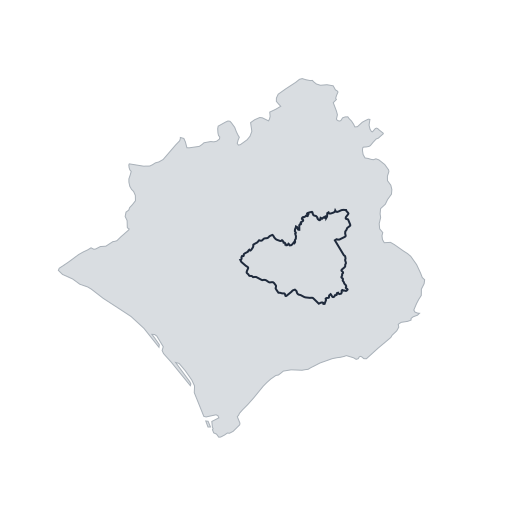 location of Vallée du Bandama within Ivory Coast, rotated 57°
{"feature_id": "CIV-3450", "entity_name": "Vallée du Bandama", "entity_type": "Region", "adm_level": 1, "iso_a3": "CIV", "parent_name": "Ivory Coast", "parent_adm1": "", "projection": "robinson", "projection_center": [-5.056, 8.307], "detail": "fine", "context": "in_parent", "style": "outline", "palette": "slate", "viewbox_px": 512, "rotation_deg": 57, "n_neighbors": 0, "source": "natural_earth", "source_scale": "10m", "svg_char_len": 9612}
<svg xmlns="http://www.w3.org/2000/svg" viewBox="0 0 512 512"><g transform="rotate(57 256 256)"><path d="M139.5,113.0L140.9,112.9L144.6,111.7L147.9,109.0L151.0,103.2L155.3,98.6L160.0,98.9L161.4,98.1L163.1,97.9L165.1,100.9L167.1,103.3L168.5,103.3L169.5,107.7L178.2,109.6L181.9,110.8L185.0,114.0L186.1,114.0L187.4,113.4L188.4,112.3L188.6,111.0L187.3,108.1L187.9,105.5L189.3,103.2L191.5,103.1L194.9,102.4L198.7,102.4L201.6,102.8L202.8,100.5L201.7,94.0L202.0,90.4L202.4,87.3L203.5,86.1L207.8,89.9L211.7,91.3L214.5,91.4L215.3,90.7L214.1,86.5L214.4,85.3L215.5,84.5L217.3,84.1L222.3,82.4L222.8,82.7L223.8,89.3L223.3,91.4L224.4,95.9L225.7,100.0L225.6,101.7L224.5,104.3L223.2,106.6L223.4,107.6L225.4,109.2L229.2,110.9L233.1,111.2L235.3,108.8L237.6,106.9L239.2,105.1L239.8,102.5L242.3,100.6L249.4,98.2L256.0,97.9L257.6,98.6L260.6,102.3L264.4,104.7L270.1,104.4L274.3,105.9L277.9,108.7L280.3,114.9L283.0,119.3L284.1,125.7L288.3,129.0L291.6,130.5L296.0,135.1L300.6,137.5L305.4,136.9L307.6,139.3L311.1,141.0L314.7,141.2L317.8,135.8L321.9,133.7L332.4,129.5L336.5,127.6L340.6,126.4L350.7,126.0L360.0,127.3L364.6,128.3L367.8,127.5L370.8,130.1L373.9,135.4L376.5,137.1L379.1,138.9L381.0,143.1L383.3,147.2L384.5,149.0L387.3,153.1L389.7,153.2L392.1,151.4L393.1,150.1L393.6,152.8L392.6,157.2L392.8,159.9L394.2,160.9L393.4,164.4L390.7,170.4L390.7,173.9L393.4,175.0L395.4,178.7L396.6,185.1L397.7,187.2L397.9,188.5L399.8,204.0L402.3,219.4L400.8,221.5L398.6,222.1L397.2,222.8L396.8,224.2L397.8,226.3L397.2,228.3L394.5,229.6L388.7,234.5L388.3,236.5L386.8,240.7L385.5,243.2L383.6,248.0L380.6,260.5L379.5,270.9L379.4,274.1L378.2,276.4L376.9,279.6L370.6,288.5L367.4,295.8L367.8,299.0L368.0,302.1L367.0,304.4L367.2,310.6L368.0,315.7L369.1,320.8L373.7,335.1L376.1,343.8L377.6,350.8L378.9,355.5L380.1,357.4L380.6,359.2L387.4,360.5L388.7,361.6L390.6,370.7L390.2,374.8L388.9,376.4L389.0,379.9L388.6,384.2L387.7,385.9L383.9,386.1L381.3,387.8L377.9,387.1L377.6,386.1L375.7,385.7L370.7,383.2L371.5,375.3L369.2,374.9L367.4,376.0L363.8,385.5L362.1,387.1L337.0,382.2L331.5,378.3L325.0,377.4L313.6,377.8L304.2,379.0L301.5,381.4L325.2,380.0L327.8,380.3L329.0,381.7L299.0,384.9L287.5,386.7L284.1,386.2L281.6,383.2L269.1,382.8L266.6,383.8L265.0,386.0L269.9,385.6L277.7,385.4L279.7,387.1L255.6,389.4L238.8,393.7L231.7,396.8L208.3,407.2L194.0,412.2L190.3,414.0L183.8,419.1L175.4,422.3L166.1,428.3L160.4,429.6L159.1,427.7L159.0,417.6L158.2,404.0L158.5,398.8L159.2,393.9L159.3,389.9L162.1,388.3L162.8,386.6L163.3,381.4L166.0,376.6L166.0,368.2L166.8,366.5L167.4,364.3L166.3,358.8L164.8,348.4L164.1,347.7L163.4,348.2L162.0,348.4L156.1,344.8L151.6,344.2L148.4,341.1L148.2,337.7L146.6,335.6L145.6,331.6L144.0,327.0L139.5,324.2L135.3,323.5L132.4,324.1L128.9,323.9L124.9,322.4L122.1,320.6L119.5,317.3L117.1,314.6L115.1,314.9L112.8,314.3L110.4,313.1L109.7,312.1L119.4,301.4L122.7,296.1L123.1,292.9L123.1,289.7L124.2,286.3L124.5,281.3L119.1,262.9L117.8,257.2L116.3,255.5L115.4,254.9L118.1,252.5L121.9,253.1L127.6,255.0L128.9,253.1L133.2,243.8L133.1,240.4L132.7,238.0L135.3,231.7L137.3,229.2L138.3,226.5L138.0,222.9L136.5,221.6L134.5,221.8L132.1,220.9L128.4,218.8L126.5,217.0L127.1,208.6L127.5,206.0L128.8,204.5L130.8,204.1L136.5,203.8L141.1,204.8L145.1,205.3L147.3,205.3L149.0,207.8L151.3,210.4L153.4,210.4L154.1,208.5L153.7,200.2L152.3,195.8L149.2,191.6L141.2,187.9L141.0,182.9L141.9,177.4L143.6,175.4L149.5,171.9L148.5,170.1L146.6,168.1L142.8,166.1L143.7,159.5L143.9,153.7L140.7,154.3L137.4,154.7L134.7,152.9L132.4,149.3L132.0,139.6L132.0,128.3L131.5,123.3L132.4,120.6L135.3,118.2L138.4,115.0L139.5,113.0ZM374.6,387.3L373.3,389.4L367.0,388.0L368.5,386.2L374.6,387.3Z" fill="#d9dde1" stroke="#a8b0b8" stroke-width="1"/><path d="M330.2,229.3L323.1,230.9L322.1,231.2L321.7,231.6L321.5,231.8L320.4,233.7L317.7,237.0L316.8,237.8L313.0,239.9L311.8,241.1L311.1,241.5L310.3,241.7L309.7,241.7L309.1,241.7L308.1,241.3L307.6,241.2L307.2,241.2L305.4,241.7L304.9,243.8L305.0,244.7L305.1,245.0L305.3,245.6L306.0,252.1L305.9,252.7L305.6,253.0L305.3,253.0L303.8,252.5L303.5,252.5L303.2,252.5L302.9,252.6L302.7,252.9L302.4,253.2L302.0,253.9L301.5,254.5L301.2,254.8L300.0,255.8L299.0,257.2L295.1,257.3L293.9,257.2L293.6,257.0L292.7,256.0L292.1,255.6L291.7,255.4L291.4,255.4L288.5,255.6L287.8,255.8L287.2,256.1L286.4,257.3L285.7,258.8L285.3,259.2L284.7,259.6L282.0,260.7L281.3,261.2L281.0,261.5L280.5,262.1L280.3,262.4L280.0,263.1L279.9,263.5L279.6,263.9L279.1,264.3L273.7,267.3L272.9,268.4L272.3,269.7L272.1,270.0L271.8,270.1L271.4,270.1L271.1,270.2L270.5,270.5L270.1,270.9L269.2,272.2L268.8,272.4L268.5,272.5L267.6,272.4L267.3,272.4L265.8,272.8L265.3,272.9L265.0,272.9L264.7,272.8L264.4,272.6L264.1,272.3L263.3,271.3L262.3,269.7L262.0,269.4L261.8,269.1L261.3,268.9L261.0,268.9L260.6,269.0L258.6,269.9L253.1,271.5L252.3,271.5L250.9,271.3L251.1,271.0L251.0,270.6L250.7,270.0L250.4,269.6L250.2,269.4L249.4,269.1L248.6,268.2L248.4,267.8L248.6,267.5L249.0,267.1L249.1,266.9L249.2,266.6L249.1,266.2L248.7,265.8L248.2,265.6L247.8,265.1L247.7,264.0L248.0,260.5L247.3,259.4L247.1,258.3L247.5,258.3L248.0,258.2L248.3,257.9L248.4,257.7L248.3,257.0L248.0,256.0L247.1,253.9L246.5,253.2L246.1,252.7L245.5,252.5L245.3,252.4L245.1,252.2L245.0,251.8L245.0,251.3L245.3,247.7L245.1,246.8L244.5,244.8L245.3,244.2L245.6,243.9L246.1,243.1L246.2,242.6L246.2,242.2L246.0,241.3L245.9,240.7L245.8,240.1L245.8,239.7L246.1,238.8L246.2,238.6L246.8,237.5L247.0,237.0L247.2,236.4L247.2,236.1L247.2,235.7L246.8,233.9L246.8,233.4L247.2,230.8L247.6,230.6L248.4,230.5L248.8,230.5L250.4,230.6L252.5,230.3L253.7,229.7L256.5,227.6L256.8,227.2L257.0,226.9L257.0,226.5L256.9,225.6L257.2,225.5L257.7,225.3L259.2,225.4L259.9,225.6L260.3,224.8L261.0,224.6L261.8,224.9L262.5,225.2L262.9,224.5L263.5,224.7L263.8,224.2L263.9,223.4L263.4,222.1L264.1,221.9L265.5,221.9L266.1,220.7L266.0,219.3L265.1,216.6L266.1,216.6L265.7,215.7L265.1,215.3L264.4,215.1L263.9,214.7L263.7,214.4L263.2,213.2L262.7,212.8L262.2,212.5L261.2,211.7L260.9,211.6L258.6,211.0L258.5,210.8L258.4,210.1L258.1,209.9L256.5,209.9L256.1,209.8L255.7,209.3L255.5,209.2L254.9,208.8L253.6,206.9L253.0,206.4L253.3,206.2L253.7,205.9L254.1,205.8L254.6,205.9L255.5,206.2L256.7,206.3L257.1,206.1L257.6,205.4L253.7,202.9L253.4,202.0L253.8,201.5L253.8,201.1L253.7,200.8L253.5,200.6L252.8,200.7L252.4,200.4L252.2,200.1L252.1,199.8L252.2,199.1L252.2,197.6L252.1,197.4L251.9,197.1L251.5,196.9L250.9,196.8L250.7,196.8L250.1,197.2L249.9,197.3L249.7,197.2L249.2,196.6L249.1,196.4L249.0,196.1L249.0,195.2L249.3,195.0L249.5,194.8L249.6,194.4L249.6,194.0L249.7,193.0L249.7,192.6L249.6,192.3L249.4,192.1L249.4,191.9L249.4,191.6L249.7,191.4L250.2,191.4L250.5,191.3L250.6,191.1L250.6,190.8L250.4,190.6L250.0,190.4L249.9,190.1L249.7,189.6L249.6,189.3L249.4,189.2L249.2,189.1L248.9,189.1L248.7,189.4L248.5,189.8L248.3,190.0L248.2,190.0L248.1,189.7L248.1,189.2L248.6,187.3L249.3,185.4L249.5,185.0L249.9,184.9L250.2,184.9L250.5,185.0L250.9,185.3L251.1,185.4L252.0,185.4L252.6,185.6L252.8,185.6L253.3,185.4L253.8,185.2L254.1,184.9L255.0,184.0L255.5,183.8L256.0,183.7L256.8,183.6L257.5,183.7L258.0,184.0L258.5,184.0L258.8,184.0L259.1,183.8L259.5,183.8L260.3,183.5L260.7,183.0L260.6,182.3L260.3,182.2L259.6,181.6L259.1,181.0L259.4,180.8L260.7,180.3L260.4,178.2L261.6,177.4L260.9,176.8L260.6,176.6L260.6,176.3L261.1,176.3L261.6,176.3L262.1,176.4L262.5,176.6L261.7,175.0L258.9,172.9L258.9,171.4L260.0,171.6L260.7,170.9L261.2,169.7L261.8,167.3L261.8,166.3L261.6,165.5L260.9,164.7L262.4,164.8L263.3,163.8L263.7,162.2L263.9,160.4L264.2,159.0L264.9,157.6L266.5,155.4L267.5,155.7L269.7,155.3L270.3,155.3L270.6,155.3L270.9,155.6L271.2,156.1L272.3,159.3L272.5,159.6L272.7,159.8L273.0,160.1L273.4,160.3L273.7,160.3L274.2,160.1L274.7,159.5L275.0,159.1L275.6,158.9L280.5,159.8L281.2,160.0L281.8,160.4L281.9,161.0L282.1,162.7L282.1,163.8L282.2,164.2L282.5,164.8L282.7,165.0L283.1,165.5L283.4,166.0L284.0,167.6L284.2,167.9L284.5,168.2L285.2,168.5L285.7,169.0L285.9,169.1L286.7,169.3L287.3,169.6L287.7,169.7L287.9,169.8L288.1,170.0L288.3,170.7L288.3,171.3L287.7,176.3L287.7,176.5L287.7,176.8L287.5,177.4L286.8,178.4L286.5,178.8L286.1,179.0L285.8,179.3L285.8,181.3L303.3,181.9L303.8,181.6L304.4,181.4L304.7,181.4L305.1,181.5L306.9,182.3L307.2,182.6L307.5,183.1L307.9,183.4L308.5,183.7L310.1,184.1L310.8,184.4L311.2,184.7L311.7,185.7L311.9,185.9L312.0,186.0L312.9,186.6L313.3,186.9L313.5,187.4L313.7,187.9L314.1,191.2L314.3,191.8L314.5,192.1L314.8,192.3L315.1,192.3L316.2,192.0L316.6,191.9L317.1,191.9L317.4,192.1L317.6,192.2L317.8,192.5L317.9,193.1L318.0,193.5L318.3,193.8L319.3,194.4L319.5,194.6L319.7,195.2L319.9,195.5L320.2,195.9L320.5,196.0L320.8,196.0L321.1,195.9L321.9,195.6L322.4,195.6L322.7,195.6L322.9,195.8L323.3,196.3L323.7,196.6L324.0,196.7L324.3,196.7L324.9,196.6L325.3,196.6L325.8,196.6L326.9,196.9L327.4,196.9L327.9,196.9L328.7,196.7L329.1,196.6L329.7,196.6L330.5,196.8L331.2,197.7L331.5,197.9L331.7,198.0L332.0,198.0L332.8,197.6L333.2,197.5L333.9,197.4L334.1,197.6L334.4,198.9L334.3,199.6L333.0,200.8L332.7,201.5L331.8,201.8L331.5,202.1L331.7,203.0L333.4,204.1L333.9,205.2L333.3,206.9L332.3,207.3L331.7,207.5L331.5,207.3L331.2,208.0L331.3,208.4L331.6,208.8L331.9,209.2L332.0,209.2L332.4,209.3L332.5,209.5L332.5,209.9L332.4,210.1L332.3,210.3L332.1,211.0L331.9,211.1L331.9,211.3L332.4,211.9L332.6,212.3L332.7,212.9L332.6,213.4L332.2,214.0L331.5,214.2L329.1,214.1L328.6,214.2L328.7,214.7L328.9,215.5L328.9,216.1L329.2,216.4L330.3,217.2L330.6,217.7L330.4,218.4L329.7,219.5L329.6,220.2L329.7,220.8L330.1,221.0L330.5,221.0L331.1,221.3L332.9,223.8L333.5,224.5L333.4,224.8L333.0,225.4L332.8,225.6L331.8,225.2L330.9,225.9L330.4,227.3L330.2,229.3Z" fill="none" stroke="#1e293b" stroke-width="2"/></g></svg>